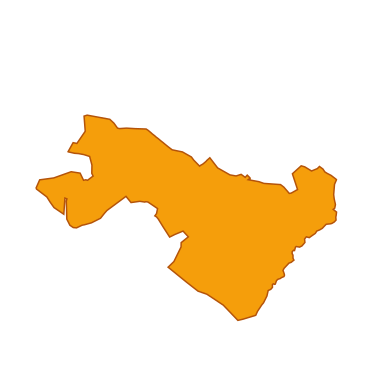 Musawa, Katsina, Nigeria, rotated 43°
{"feature_id": "59680162B51512347513243", "entity_name": "Musawa", "entity_type": "district", "adm_level": 2, "iso_a3": "NGA", "parent_name": "Nigeria", "parent_adm1": "Katsina", "projection": "orthographic", "projection_center": [7.719, 12.112], "detail": "fine", "context": "isolated", "style": "filled", "palette": "amber", "viewbox_px": 384, "rotation_deg": 43, "n_neighbors": 0, "source": "geoboundaries", "source_scale": "gbopen_adm2", "svg_char_len": 2412}
<svg xmlns="http://www.w3.org/2000/svg" viewBox="0 0 384 384"><g transform="rotate(43 192 192)"><path d="M61.3,210.1L72.5,220.4L74.7,235.0L71.4,237.0L73.9,247.1L74.0,247.1L79.7,243.8L82.8,241.3L87.4,238.4L92.9,235.8L100.5,240.6L106.0,246.7L108.8,247.8L107.6,254.7L106.0,255.5L104.7,257.4L97.3,254.5L89.8,259.6L81.3,276.0L72.3,287.0L75.2,295.3L76.3,295.9L89.2,294.6L95.3,296.2L101.7,297.5L113.4,295.7L103.2,283.1L105.2,282.3L106.3,284.4L118.9,297.2L125.4,299.6L129.4,299.0L132.0,297.0L134.3,291.2L135.7,289.3L139.5,283.1L143.0,273.6L142.5,267.3L142.4,263.5L146.7,240.2L154.6,241.3L160.2,234.4L164.4,231.5L164.8,230.6L166.6,229.4L170.3,228.8L178.1,227.6L180.8,232.0L181.1,234.8L183.1,234.4L185.8,234.8L194.6,237.2L206.4,240.2L208.4,234.8L212.1,226.7L219.9,227.3L218.6,236.4L221.5,239.7L226.2,255.2L225.8,263.3L249.2,261.7L264.1,260.4L272.6,256.6L292.0,253.4L313.1,254.6L316.0,250.3L322.7,238.7L321.3,234.6L320.0,226.7L319.9,224.3L317.7,216.9L314.9,212.1L316.0,209.5L315.9,206.9L314.0,204.9L314.1,203.7L315.4,203.2L315.7,202.6L314.2,199.1L314.4,197.1L315.5,195.2L315.9,193.4L316.9,191.2L316.6,190.1L315.8,189.3L313.5,188.0L312.1,187.4L311.4,185.1L311.4,177.9L312.5,175.8L313.0,172.3L311.1,171.6L308.9,169.3L307.3,168.8L306.0,167.4L306.0,165.3L306.9,164.9L305.3,161.8L305.4,160.8L308.3,158.9L309.2,156.4L309.0,151.9L306.4,149.6L306.2,146.8L308.9,145.4L309.4,142.8L310.4,138.2L309.9,135.4L311.2,132.7L312.1,129.7L312.1,125.7L312.2,124.0L314.9,120.9L315.7,119.7L316.5,116.9L316.5,114.3L314.3,112.3L313.2,110.5L311.4,108.1L308.7,108.3L307.1,108.4L307.4,106.5L305.6,103.5L304.4,102.6L302.6,101.4L300.5,99.9L297.4,97.3L291.0,89.2L289.3,84.5L288.6,84.4L282.4,85.0L278.1,86.2L275.4,86.7L272.1,85.9L267.8,86.4L267.7,89.4L265.1,95.1L257.3,96.7L254.0,98.4L253.0,110.2L267.5,118.2L265.3,125.2L264.1,126.7L255.9,125.8L251.7,126.2L238.7,136.7L233.9,138.8L224.7,144.7L224.9,143.4L225.4,142.6L224.7,142.1L220.9,142.0L220.9,145.0L215.9,145.6L213.3,150.2L208.1,153.6L194.3,156.9L181.7,154.8L181.3,159.0L181.4,159.8L181.1,162.5L180.8,164.5L180.2,166.2L179.9,167.9L171.5,167.5L167.7,166.8L157.7,169.2L148.7,174.7L143.6,175.2L139.1,175.5L137.0,175.6L136.0,175.7L134.8,175.8L132.9,175.9L131.0,176.0L128.2,176.3L126.5,176.3L124.3,176.5L123.5,176.6L121.8,176.6L118.0,176.8L115.5,177.2L107.5,184.2L100.5,190.0L95.7,195.1L93.9,196.1L88.0,194.9L82.3,194.9L62.9,207.3L61.3,210.1Z" fill="#f59e0b" stroke="#b45309" stroke-width="1.5"/></g></svg>